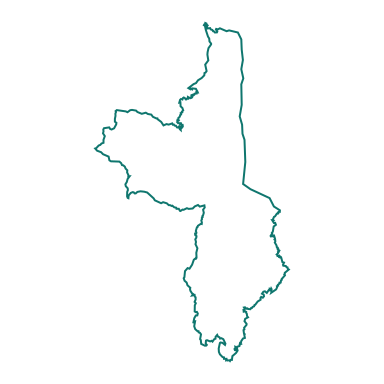 Amansie South, Ashanti, Ghana
{"feature_id": "2480657B37143689168174", "entity_name": "Amansie South", "entity_type": "district", "adm_level": 2, "iso_a3": "GHA", "parent_name": "Ghana", "parent_adm1": "Ashanti", "projection": "natural_earth1", "projection_center": [-2.012, 6.309], "detail": "fine", "context": "isolated", "style": "outline", "palette": "teal", "viewbox_px": 384, "rotation_deg": 0, "n_neighbors": 0, "source": "geoboundaries", "source_scale": "gbopen_adm2", "svg_char_len": 6038}
<svg xmlns="http://www.w3.org/2000/svg" viewBox="0 0 384 384"><path d="M95.2,148.5L97.1,150.7L101.1,152.2L103.0,154.2L108.6,156.6L109.4,160.3L110.9,161.3L119.4,161.6L121.2,163.2L122.0,165.1L123.2,165.3L124.8,166.6L125.6,168.6L127.3,170.3L127.1,172.4L128.4,175.1L128.3,176.4L129.6,176.3L127.6,179.0L126.8,182.0L125.4,184.3L125.8,186.2L127.7,188.3L127.9,190.1L127.2,191.9L127.1,196.4L127.7,197.9L128.4,198.2L128.6,195.5L130.8,192.9L132.8,192.1L133.8,192.4L134.6,193.4L135.7,193.4L137.4,191.9L140.5,191.3L144.2,191.7L147.2,192.5L153.7,198.4L154.8,200.3L161.1,203.2L163.1,202.2L166.8,203.3L168.7,205.1L169.9,205.1L171.8,206.0L172.4,205.7L174.2,207.3L176.2,207.7L176.5,208.8L178.8,208.8L179.9,210.8L180.5,211.0L182.5,209.6L183.6,209.8L186.9,208.2L188.7,208.9L192.7,208.5L194.8,206.4L198.0,205.0L199.8,206.6L204.4,205.4L204.7,207.5L203.1,209.7L203.8,212.8L203.0,215.5L202.3,216.2L202.7,217.0L201.8,218.0L202.0,219.2L201.3,220.4L201.9,222.6L201.7,224.0L200.9,223.8L197.9,225.8L197.5,227.1L196.9,227.3L195.8,231.1L196.4,232.4L196.2,233.6L195.1,233.6L195.2,235.0L196.5,236.1L196.3,237.7L195.3,239.3L196.0,242.0L195.5,244.2L197.4,248.2L196.3,252.8L196.5,256.8L196.0,257.7L196.4,258.0L195.8,258.9L194.8,258.9L193.8,259.8L192.1,264.7L189.5,268.7L187.6,268.1L185.0,271.1L184.4,277.2L183.7,278.2L184.6,280.8L186.6,282.5L187.5,285.3L190.3,287.8L190.0,289.0L190.4,290.8L192.0,293.3L193.1,294.0L192.1,295.5L194.6,295.0L194.8,296.6L195.6,297.3L195.6,299.6L194.6,301.9L195.8,303.2L194.8,305.3L194.7,311.5L195.7,312.1L196.9,311.9L197.8,313.5L197.3,315.4L195.8,315.5L194.3,318.1L193.4,322.4L194.1,322.6L194.5,321.4L195.1,321.3L194.2,326.2L195.2,329.1L197.5,331.2L198.5,331.2L198.7,332.4L199.9,332.8L201.0,334.3L200.1,339.1L200.8,340.0L201.2,343.9L204.9,345.7L206.2,345.6L206.8,344.9L205.7,343.5L206.0,340.6L207.0,340.2L210.1,341.4L211.7,340.8L212.5,341.6L214.2,339.2L215.5,338.7L215.6,336.8L217.2,334.9L218.0,336.6L219.5,337.3L220.1,338.6L221.4,338.2L223.3,339.2L225.4,343.6L225.0,344.9L222.4,342.8L220.5,342.5L219.9,343.0L218.7,348.5L218.9,351.9L219.9,354.3L222.6,357.1L224.0,357.4L224.0,358.8L226.3,358.8L226.2,359.7L226.7,359.3L227.2,360.5L229.4,360.3L230.0,361.0L230.7,359.8L231.9,359.9L232.4,356.1L236.0,353.0L237.6,350.6L237.1,348.7L236.0,350.2L234.9,350.1L234.5,349.0L235.4,348.1L235.3,346.8L237.0,347.7L237.3,346.7L239.4,346.1L239.6,344.8L240.8,344.1L239.9,343.6L240.1,342.7L241.0,342.5L241.3,341.0L243.0,338.5L244.9,337.9L244.3,334.9L244.7,334.2L244.0,333.7L243.5,330.1L244.4,329.4L244.1,327.8L246.5,324.9L246.6,323.9L244.5,321.2L245.2,318.8L248.0,317.3L247.1,316.1L246.8,313.8L246.1,312.7L246.2,311.9L245.3,311.4L243.7,311.7L243.5,309.9L244.5,309.8L244.8,308.8L244.0,307.5L245.0,307.3L246.5,308.7L247.5,308.4L248.0,309.0L250.4,309.2L251.0,308.1L251.9,308.0L252.6,306.9L254.1,306.3L254.5,305.0L255.2,304.8L257.7,301.5L260.6,299.7L260.5,297.9L261.2,296.9L262.8,297.7L264.0,296.3L263.7,294.6L262.0,293.7L263.4,291.7L264.9,291.3L266.8,292.9L268.8,290.0L269.6,290.3L269.7,288.8L270.9,289.4L271.2,288.5L271.6,289.2L271.1,290.5L271.8,291.1L271.3,292.7L276.1,289.4L277.1,287.3L276.9,286.2L278.1,285.7L277.9,284.8L279.6,283.5L279.5,282.7L280.7,282.5L281.0,280.4L281.8,279.8L281.7,279.0L284.9,275.4L284.3,274.4L284.8,274.0L284.8,272.8L288.8,269.5L287.7,268.7L287.5,267.4L286.5,267.1L285.8,266.0L283.3,265.7L283.0,264.8L284.0,262.6L282.4,262.1L281.3,257.9L280.4,257.6L280.7,256.8L280.4,256.6L279.8,257.3L279.0,257.0L279.0,255.7L277.5,256.0L277.3,255.0L276.7,254.5L278.0,253.2L278.0,252.5L278.8,251.8L278.2,251.2L279.2,250.4L277.8,249.4L278.1,248.8L277.5,248.4L277.7,247.6L276.8,247.1L276.5,245.4L274.8,242.5L275.3,241.6L275.2,239.9L274.5,239.5L275.0,238.6L274.0,235.4L273.5,235.4L273.8,236.7L272.9,236.2L270.8,236.4L270.6,235.9L272.2,233.4L271.9,232.8L272.8,231.7L273.7,226.5L275.9,224.8L275.2,222.9L273.9,223.0L272.1,220.1L273.4,220.1L272.9,219.4L274.0,216.9L275.1,216.3L276.8,213.7L277.7,213.4L278.6,214.0L277.9,212.7L278.5,211.9L279.8,211.9L279.9,210.3L273.9,206.5L269.6,198.1L250.5,189.2L243.1,184.0L245.3,162.0L244.5,139.8L242.5,133.8L242.1,124.7L239.7,116.4L241.7,104.9L241.3,84.3L243.3,78.4L241.3,69.2L242.9,60.0L241.7,49.5L241.3,39.4L237.9,32.5L229.1,30.4L226.6,31.2L219.9,28.3L217.9,29.4L216.2,28.9L215.9,29.5L217.3,31.6L216.9,32.4L214.9,32.5L213.5,31.0L213.0,31.1L212.3,29.9L210.7,29.4L210.1,28.1L207.4,28.5L207.0,26.0L207.6,25.4L206.6,24.4L206.4,23.5L205.3,23.0L205.1,24.0L204.3,24.4L203.9,25.2L205.3,25.9L205.1,26.6L205.8,29.9L208.0,36.6L209.2,38.5L209.5,41.5L211.1,43.6L211.1,44.4L208.5,48.1L207.6,52.2L207.4,54.6L208.3,60.4L205.2,64.6L206.6,71.1L205.5,72.6L204.5,73.0L204.3,75.3L201.7,78.0L198.0,80.3L196.0,83.1L193.6,84.1L188.4,88.1L190.4,89.3L190.9,88.7L192.1,89.4L192.4,88.4L195.9,88.8L196.9,90.7L196.6,91.3L197.3,91.3L197.8,92.5L196.5,92.5L196.6,93.5L194.7,93.7L194.4,94.6L192.2,96.3L191.8,95.7L192.5,94.8L191.4,95.2L191.3,96.6L192.0,97.4L191.6,97.8L190.3,98.2L188.0,97.0L188.1,98.7L186.8,98.6L186.4,99.4L185.7,99.4L185.1,98.3L183.8,97.5L183.0,98.0L182.4,99.5L181.0,99.0L180.1,99.8L179.3,102.6L180.4,102.4L180.6,106.3L182.4,108.0L183.2,110.4L181.9,111.6L182.2,112.4L180.7,113.1L181.1,114.5L180.2,115.0L179.8,116.7L178.4,117.9L178.5,119.3L177.9,119.5L178.6,120.4L177.4,120.7L177.7,121.7L177.2,122.1L178.1,123.2L180.1,123.2L180.1,124.1L181.1,123.6L181.4,124.9L182.6,124.9L182.8,126.1L180.8,126.9L180.7,128.2L181.4,128.2L180.6,129.0L180.7,130.0L179.8,129.2L179.5,127.2L179.2,127.6L178.7,126.9L178.2,127.6L177.0,127.4L175.9,125.7L174.6,125.6L173.8,124.5L172.8,124.7L172.2,123.4L168.7,124.6L166.5,124.1L163.5,125.4L161.2,121.9L157.6,119.2L157.4,118.4L156.3,118.4L152.9,116.8L151.3,114.6L147.9,114.0L145.8,112.7L141.8,113.8L137.4,112.0L136.1,110.6L132.0,109.9L130.2,110.2L127.5,112.2L125.8,111.4L116.8,110.1L115.6,111.1L116.0,112.0L115.4,113.6L115.5,115.9L114.9,118.8L114.9,121.7L116.4,122.8L116.2,124.4L114.1,128.3L111.6,129.5L110.2,129.0L109.2,127.4L104.0,128.2L103.3,129.5L103.5,131.5L103.0,133.3L104.8,136.1L103.5,139.8L103.5,142.8L101.5,143.5L100.3,144.9L98.7,145.5L96.3,148.1L95.2,148.5Z" fill="none" stroke="#0f766e" stroke-width="2"/></svg>